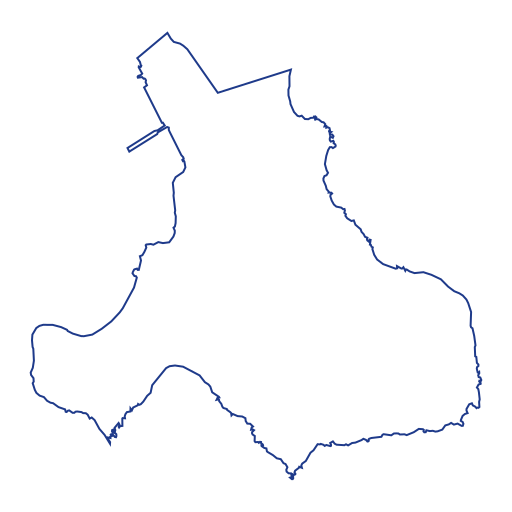 Moule A Chique, Vieux Fort, Saint Lucia
{"feature_id": "8701671B37545518209863", "entity_name": "Moule A Chique", "entity_type": "district", "adm_level": 2, "iso_a3": "LCA", "parent_name": "Saint Lucia", "parent_adm1": "Vieux Fort", "projection": "robinson", "projection_center": [-60.948, 13.716], "detail": "fine", "context": "isolated", "style": "outline", "palette": "blue", "viewbox_px": 512, "rotation_deg": 0, "n_neighbors": 0, "source": "geoboundaries", "source_scale": "gbopen_adm2", "svg_char_len": 6046}
<svg xmlns="http://www.w3.org/2000/svg" viewBox="0 0 512 512"><path d="M290.9,69.6L217.8,92.8L187.3,49.2L183.3,45.7L180.0,43.6L173.8,41.9L170.8,38.6L167.4,32.9L137.3,58.1L140.0,62.0L140.8,65.3L141.3,65.6L141.0,66.7L140.2,67.1L138.8,66.5L138.7,67.3L142.2,73.6L140.9,75.0L138.2,75.9L137.6,76.9L137.9,77.7L142.1,77.1L143.6,78.7L144.6,78.5L145.4,79.2L146.0,80.4L145.6,82.2L147.0,85.3L144.1,87.4L161.9,122.8L162.9,122.7L164.7,125.5L157.6,130.3L154.4,131.0L127.5,148.0L129.3,151.6L157.2,134.1L157.8,132.4L167.1,127.0L168.8,127.6L168.8,130.0L169.9,132.3L181.3,155.1L183.2,157.2L183.7,158.7L182.3,159.9L183.0,161.2L183.9,160.8L184.4,161.6L185.4,167.4L183.2,172.0L175.6,177.2L172.8,182.8L173.8,192.7L173.5,195.7L175.2,210.4L174.8,212.7L175.8,216.3L175.6,223.1L174.9,226.5L173.5,227.7L174.8,230.7L174.7,233.1L173.4,236.6L169.2,242.3L162.9,243.1L158.3,242.1L153.4,244.7L150.8,244.0L146.3,244.5L145.7,245.2L146.3,247.6L144.3,252.0L142.4,255.2L139.9,256.2L141.0,260.5L138.8,269.9L137.7,269.9L137.0,268.6L134.9,269.2L134.1,269.6L132.8,272.2L132.5,273.3L134.4,276.0L136.0,276.2L136.8,277.6L134.0,287.6L122.8,308.2L119.8,312.3L111.3,321.4L101.7,328.8L92.3,334.6L83.9,336.2L81.2,336.1L72.8,333.6L67.7,331.0L67.0,329.8L61.1,327.1L52.8,324.9L43.2,324.8L39.4,325.9L36.3,328.0L32.4,334.6L32.0,340.3L32.6,347.0L33.3,348.7L33.9,360.7L32.8,367.8L30.7,372.6L31.1,375.0L33.5,378.2L33.7,381.6L32.7,383.2L34.8,389.8L36.4,392.9L39.6,395.6L43.9,397.1L47.1,400.8L50.5,402.7L53.1,403.2L58.5,407.1L65.1,409.4L65.7,411.8L66.6,412.0L67.9,410.7L69.2,410.4L72.6,412.8L74.3,412.8L75.5,411.7L77.3,411.5L81.5,412.1L83.1,413.1L85.8,413.2L87.7,414.7L89.7,418.6L91.7,417.5L94.6,420.1L99.4,428.9L104.6,434.9L110.0,443.7L110.1,442.1L108.3,439.3L108.0,437.5L110.4,438.0L110.2,436.8L112.0,436.0L110.7,434.8L111.2,434.2L112.7,434.4L114.9,437.0L116.0,437.2L116.4,436.1L116.3,434.2L115.3,433.2L112.5,432.3L112.0,431.4L112.1,430.1L113.5,429.5L114.0,431.5L114.9,431.7L115.3,430.1L114.6,427.8L118.6,423.0L119.5,424.6L118.7,426.8L119.1,427.5L120.0,426.2L122.4,425.9L122.3,418.6L122.6,418.1L125.0,418.3L124.7,416.4L125.4,414.2L126.9,412.1L130.4,411.5L130.5,408.4L131.9,410.3L133.2,407.5L137.7,405.3L138.1,404.0L139.3,404.8L140.8,404.2L143.3,401.6L147.2,395.8L150.6,392.8L152.2,385.2L166.1,368.1L169.6,366.2L175.0,365.5L183.1,366.7L199.6,375.4L204.9,382.2L208.4,384.4L210.3,386.6L212.2,392.3L218.9,396.8L219.3,397.5L217.5,397.9L216.6,399.8L218.2,399.4L219.0,399.8L219.2,401.2L221.3,403.8L222.3,406.6L223.4,408.0L226.8,409.0L227.1,409.9L230.3,412.2L231.1,413.0L231.5,415.4L232.8,414.0L237.6,416.1L242.2,416.5L245.4,418.2L245.7,421.0L247.3,423.6L250.2,423.8L253.0,426.5L251.7,427.4L251.1,429.7L252.6,429.4L254.0,430.2L252.1,432.1L252.0,433.2L252.6,434.5L254.8,436.0L254.6,441.1L255.4,442.2L258.1,442.0L258.8,442.8L260.0,441.8L261.0,442.0L260.9,442.9L262.8,444.5L263.1,445.4L262.7,445.9L261.5,445.6L261.6,446.1L264.4,448.0L266.4,448.4L266.9,451.3L267.5,451.9L272.9,455.1L276.8,458.3L280.8,459.2L283.5,463.2L285.5,464.0L287.4,467.2L286.3,469.8L286.6,471.6L288.6,473.3L291.0,473.4L291.9,477.0L290.1,477.6L291.8,479.1L292.7,479.1L293.2,478.4L293.0,474.3L294.3,474.8L295.3,474.3L295.4,473.7L294.5,472.3L295.1,470.7L298.9,467.8L299.2,466.8L301.9,467.8L301.3,465.5L302.2,463.6L305.8,461.0L310.5,452.7L313.5,450.3L317.6,444.2L320.0,444.4L320.7,443.9L323.5,444.8L324.7,445.9L326.3,445.0L330.4,446.1L331.0,445.8L331.0,444.7L330.2,443.0L332.9,441.4L334.7,443.7L336.6,444.7L344.4,445.2L346.0,444.3L348.1,445.4L352.1,443.0L355.4,442.6L361.5,440.1L363.4,438.8L366.0,439.9L367.4,441.5L368.2,441.4L368.8,440.8L368.5,439.6L369.1,438.8L371.3,438.0L381.4,436.8L382.5,434.8L383.6,434.2L391.3,435.3L393.9,433.5L396.3,433.4L398.4,433.5L399.9,434.5L404.5,434.3L406.7,435.1L413.8,432.2L418.8,428.9L422.9,429.2L423.8,429.9L423.5,431.4L424.3,432.3L425.7,432.2L426.4,430.3L429.9,431.1L432.8,430.8L435.4,431.6L437.7,431.3L442.3,429.6L445.3,425.4L448.8,424.4L451.1,422.9L453.9,424.6L457.6,423.6L461.7,425.9L462.8,425.8L463.4,423.8L462.6,421.9L460.8,420.9L460.9,420.0L462.6,415.9L464.9,414.0L467.6,413.1L466.5,410.6L466.5,409.0L469.2,404.3L471.9,403.3L472.8,405.4L475.0,406.5L476.5,408.1L477.1,407.6L478.5,407.8L479.4,407.0L479.1,401.9L479.7,399.4L478.9,392.2L478.3,389.1L476.9,387.5L478.6,384.5L480.6,383.9L480.7,383.1L479.2,381.5L479.4,380.7L481.0,380.8L481.3,380.0L480.3,377.5L478.7,377.1L478.2,375.2L479.3,373.2L479.2,372.1L478.4,372.9L477.7,372.5L476.8,368.7L477.0,367.2L478.4,366.0L478.4,364.5L476.9,362.9L476.3,356.9L475.2,356.3L474.8,347.1L475.5,345.4L474.2,335.9L472.5,328.3L471.1,327.3L470.6,325.8L471.1,312.0L468.2,303.1L466.4,299.5L462.8,295.5L459.3,293.3L454.2,291.2L448.1,286.6L440.9,279.3L431.4,274.8L423.4,272.2L414.5,273.1L409.6,271.4L406.7,269.5L406.0,269.4L405.3,270.8L403.4,267.2L402.2,268.5L401.3,268.5L397.0,266.1L397.2,268.3L395.7,268.7L383.1,264.1L377.1,259.5L374.2,254.8L372.4,249.1L372.8,247.4L371.5,246.7L370.8,244.8L369.9,244.6L370.6,239.9L369.5,239.6L368.8,241.6L367.3,240.4L366.9,239.0L367.4,237.7L365.0,236.8L363.7,234.2L361.5,231.8L360.7,229.3L355.4,224.7L353.8,220.4L351.4,221.0L347.2,218.3L345.4,215.8L345.9,214.2L344.3,212.8L344.9,210.5L344.5,209.0L343.2,209.2L341.2,207.6L336.3,206.6L333.9,204.5L331.7,200.6L330.3,196.4L330.5,194.9L332.1,193.5L331.4,192.7L328.7,192.6L329.0,192.0L326.6,189.1L325.8,185.8L323.5,180.6L323.4,178.5L324.5,176.0L326.5,175.3L328.0,172.8L326.6,170.2L324.9,164.1L326.3,155.9L328.1,150.1L329.8,147.2L331.6,147.1L332.9,148.1L335.5,146.5L335.7,145.6L335.3,144.4L333.6,143.2L333.9,141.9L333.3,140.8L330.8,141.6L329.9,140.4L329.7,139.0L330.2,136.6L332.8,137.8L333.5,136.2L332.3,134.6L329.9,134.6L329.7,133.2L331.2,132.0L329.1,131.5L329.2,130.9L330.1,130.8L329.5,128.1L327.7,127.2L326.3,127.7L326.3,126.1L324.5,126.4L325.3,124.2L323.6,122.3L321.8,122.0L318.6,119.4L316.7,119.1L316.0,118.6L316.4,117.4L315.8,116.9L315.1,120.5L315.1,116.5L314.0,116.5L313.7,117.7L310.7,117.9L308.3,119.2L304.9,119.0L301.7,115.7L299.5,116.4L297.5,115.8L294.0,112.0L290.5,104.1L290.2,101.4L288.5,95.5L288.4,89.6L289.5,86.3L289.4,76.2L290.9,69.6Z" fill="none" stroke="#1e3a8a" stroke-width="2"/></svg>